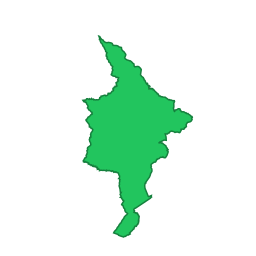 San Juan Del Cesar, La Guajira, Colombia, rotated 62°
{"feature_id": "7082276B71643992336561", "entity_name": "San Juan Del Cesar", "entity_type": "district", "adm_level": 2, "iso_a3": "COL", "parent_name": "Colombia", "parent_adm1": "La Guajira", "projection": "natural_earth1", "projection_center": [-73.123, 10.813], "detail": "fine", "context": "isolated", "style": "filled", "palette": "green", "viewbox_px": 256, "rotation_deg": 62, "n_neighbors": 0, "source": "geoboundaries", "source_scale": "gbopen_adm2", "svg_char_len": 5891}
<svg xmlns="http://www.w3.org/2000/svg" viewBox="0 0 256 256"><g transform="rotate(62 128 128)"><path d="M34.9,110.8L35.9,111.1L36.2,111.6L36.6,111.7L37.1,111.3L38.3,111.7L40.1,111.9L41.1,111.4L44.4,111.6L45.8,111.1L46.7,111.5L48.5,111.3L50.0,111.8L51.7,111.2L52.6,112.5L53.7,112.8L54.1,113.5L55.7,113.0L56.2,113.7L57.1,114.0L59.2,113.3L60.6,114.0L62.0,113.2L64.5,113.5L66.6,112.7L68.1,114.1L69.8,114.1L70.6,115.4L72.3,116.6L72.6,117.4L73.1,117.8L75.1,116.8L76.6,114.8L77.8,114.8L78.2,113.7L79.1,112.7L80.8,114.6L81.8,114.4L82.2,115.3L82.4,117.2L83.1,117.1L83.4,117.7L84.2,117.7L85.0,118.3L85.7,118.0L85.8,119.4L85.2,119.9L85.6,120.3L85.5,121.0L85.9,121.2L85.9,122.4L86.5,123.1L87.6,122.9L88.2,123.4L88.1,124.8L89.0,126.7L89.2,128.0L88.4,128.3L88.1,129.4L88.9,129.7L89.4,130.7L89.2,132.5L88.5,132.6L88.0,133.4L87.6,136.1L87.2,136.7L88.0,137.6L87.9,138.7L89.1,139.4L89.1,141.1L88.1,142.9L87.8,143.9L87.0,144.5L86.9,145.1L86.1,145.1L85.8,146.4L84.8,146.4L85.1,147.3L84.9,147.9L84.1,148.3L84.5,149.1L83.2,149.9L82.8,150.9L83.3,151.5L83.4,152.2L82.4,154.8L84.1,154.6L84.4,153.6L85.0,153.8L85.8,153.3L85.9,152.8L87.7,153.2L88.9,152.9L90.2,153.1L91.1,154.3L91.3,154.1L93.7,154.1L94.4,153.4L96.6,153.0L97.3,152.4L98.3,152.9L98.5,153.4L99.0,153.4L98.9,154.7L99.4,155.6L99.8,157.4L99.6,157.9L100.9,160.2L100.9,161.0L101.7,161.1L101.8,161.5L106.7,160.6L109.0,161.6L109.7,160.7L111.1,160.8L111.6,160.0L112.9,159.8L114.2,161.1L114.8,162.7L116.3,164.2L116.8,164.1L118.1,165.1L118.5,165.0L118.5,166.2L119.2,166.5L119.9,167.5L122.0,168.1L123.4,168.0L125.4,168.7L125.8,169.5L126.3,172.8L127.3,173.6L128.3,173.7L128.7,174.9L130.6,175.4L131.4,176.4L132.0,176.7L132.1,177.3L132.9,178.1L134.0,178.2L134.4,179.2L134.2,180.3L135.3,181.6L135.8,182.8L136.6,183.1L136.7,182.7L137.1,182.8L137.3,182.6L137.5,181.9L137.8,182.3L138.2,181.2L138.5,181.1L138.7,180.4L139.2,180.4L139.6,179.8L140.1,179.8L140.1,179.5L140.5,179.2L141.2,179.7L141.2,179.3L142.3,179.1L142.8,178.3L143.2,178.3L143.3,177.8L143.9,178.0L144.0,177.3L144.8,177.0L144.8,176.6L145.4,177.0L146.2,176.0L146.1,175.2L146.5,175.2L146.7,174.6L147.1,174.9L147.4,174.5L148.5,174.3L148.5,173.6L149.3,173.9L149.1,173.1L149.4,173.5L150.4,173.2L150.5,173.7L150.8,173.1L151.0,173.2L152.1,172.7L152.3,172.9L152.5,171.8L153.8,169.9L153.9,169.3L155.2,167.5L155.2,167.0L155.7,167.2L155.6,166.4L156.1,166.1L156.5,164.9L156.8,164.8L156.8,164.3L158.6,162.9L158.4,162.1L158.6,161.6L159.6,161.5L160.0,161.1L160.0,161.4L160.5,161.3L160.6,160.3L161.1,160.0L160.9,159.5L161.6,158.8L162.2,158.7L162.9,157.8L163.9,157.8L165.6,158.1L166.4,157.9L167.8,158.8L168.3,159.9L168.6,159.5L169.7,159.3L170.2,159.9L171.3,160.4L172.5,161.5L173.7,161.9L174.9,163.0L178.1,163.7L181.4,165.0L181.7,164.3L183.0,166.2L184.7,166.1L185.4,166.5L185.6,167.3L186.6,166.4L187.5,166.7L188.7,166.3L189.4,166.5L190.1,165.9L190.6,166.1L192.5,169.5L193.2,169.5L193.6,169.0L194.3,168.9L196.5,169.3L198.0,168.9L199.5,169.5L200.8,169.6L203.3,168.5L204.0,169.6L204.1,171.0L205.0,173.4L205.6,173.8L206.9,176.7L208.5,178.7L208.5,179.6L208.9,180.0L209.1,180.9L210.3,182.5L210.8,184.1L212.0,185.6L212.9,188.5L213.9,189.9L217.4,186.7L218.2,186.7L220.0,185.2L222.2,183.0L222.0,182.2L222.5,181.1L222.2,179.1L222.3,177.8L222.7,177.6L222.5,177.3L222.6,175.8L221.3,175.8L221.2,174.6L220.8,174.2L220.5,172.4L219.8,171.0L220.0,170.4L219.2,169.6L219.1,169.2L218.7,169.1L218.0,167.7L218.7,166.8L217.9,165.7L217.5,164.3L216.9,164.1L216.7,163.2L215.3,162.6L215.2,162.1L214.8,162.3L214.2,162.0L214.1,161.6L211.2,159.6L210.7,159.9L210.0,159.6L208.9,160.0L208.6,159.7L208.1,160.0L207.4,159.8L207.1,160.5L206.6,160.7L206.5,161.4L206.0,161.4L205.2,162.3L204.2,161.1L203.1,161.4L202.7,161.2L202.1,160.0L202.3,159.0L200.5,141.4L200.1,140.1L199.7,139.9L199.8,139.6L199.2,139.6L198.6,139.1L198.4,141.3L198.3,141.9L197.8,142.2L189.1,141.3L186.7,140.3L185.0,139.0L184.9,138.0L184.4,138.1L181.4,132.1L179.8,130.2L178.7,129.4L178.4,128.5L177.3,127.1L175.4,126.2L173.6,126.3L172.7,125.3L171.6,125.2L170.9,124.4L170.4,120.9L170.9,120.1L170.8,119.3L169.6,117.7L169.5,116.8L169.2,117.1L169.1,116.8L169.6,115.0L169.1,113.2L170.0,111.4L169.8,110.7L171.1,110.2L171.7,109.2L171.7,108.7L170.5,106.5L168.3,104.1L167.3,103.5L166.6,104.1L166.1,104.1L165.8,102.8L164.6,103.2L164.3,102.9L162.5,103.2L161.6,102.9L158.8,104.3L157.4,104.7L157.2,105.5L156.0,106.1L155.8,107.5L155.6,107.5L155.3,106.5L155.6,104.9L155.5,102.5L155.8,101.4L156.8,100.0L153.7,98.6L150.7,97.9L151.8,96.0L151.4,94.8L151.7,93.9L150.9,92.6L151.2,91.0L152.8,89.2L154.0,88.6L154.1,87.7L154.9,86.0L156.2,84.9L156.3,84.2L154.7,81.8L154.1,81.8L154.4,80.7L155.3,79.3L155.0,78.4L154.3,78.0L154.5,77.3L154.2,75.8L152.3,75.1L151.0,72.9L151.7,70.1L151.5,68.8L150.6,67.4L148.9,67.1L148.9,66.3L147.9,66.1L147.3,66.7L145.7,67.2L144.1,68.2L143.4,68.2L142.8,69.4L141.8,69.6L141.7,70.2L140.3,70.8L139.5,71.7L139.0,72.9L138.5,73.3L137.3,73.2L136.6,73.6L135.9,73.1L135.1,73.7L134.6,74.6L134.8,76.4L134.3,77.8L134.4,78.6L135.0,78.6L135.2,79.1L134.5,79.3L131.6,78.5L131.1,77.7L127.5,75.9L126.5,74.5L125.6,74.3L124.7,75.9L123.5,76.8L123.1,77.7L122.5,77.9L122.5,78.4L122.1,78.9L118.3,80.7L117.2,82.5L116.2,83.4L116.0,84.1L114.8,84.6L114.3,85.5L112.1,85.4L111.7,86.1L110.7,86.0L108.2,87.0L106.8,87.1L106.1,87.9L105.6,87.6L104.8,87.8L104.2,88.6L104.4,89.3L103.6,89.4L103.4,91.1L101.6,90.5L101.8,89.8L101.5,89.1L100.4,89.5L100.0,90.2L98.8,90.2L98.4,90.6L98.0,89.9L97.6,89.9L97.2,90.8L96.5,91.0L93.9,90.7L93.1,91.2L92.3,90.8L91.7,91.0L90.7,90.8L88.9,91.7L86.9,92.0L82.7,88.9L81.3,88.9L78.9,89.7L78.2,90.5L77.1,93.3L76.2,93.5L74.2,92.7L73.1,93.3L71.1,93.8L69.6,94.6L69.4,95.2L68.9,95.4L67.6,96.8L65.5,98.0L64.4,97.9L62.6,95.8L61.9,95.4L58.6,95.8L57.5,96.4L55.7,96.7L53.8,96.0L52.3,97.8L51.0,98.3L49.9,99.3L48.1,102.3L45.9,102.3L44.9,103.0L43.2,105.1L42.8,106.6L41.8,107.7L40.4,108.6L38.7,108.7L37.8,109.5L35.9,110.0L34.0,110.0L33.3,110.6L34.9,110.8Z" fill="#22c55e" stroke="#15803d" stroke-width="1.5"/></g></svg>